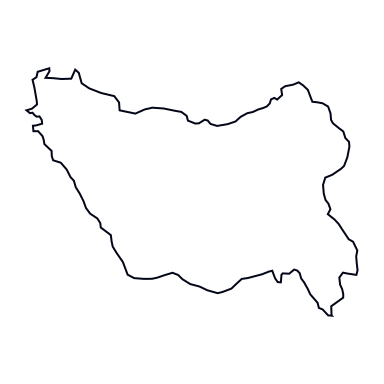 Mari, Larnaca, Cyprus (orthographic projection), rotated 181°
{"feature_id": "46923920B82704308183910", "entity_name": "Mari", "entity_type": "district", "adm_level": 2, "iso_a3": "CYP", "parent_name": "Cyprus", "parent_adm1": "Larnaca", "projection": "orthographic", "projection_center": [33.292, 34.734], "detail": "fine", "context": "isolated", "style": "outline", "palette": "ink", "viewbox_px": 384, "rotation_deg": 181, "n_neighbors": 0, "source": "geoboundaries", "source_scale": "gbopen_adm2", "svg_char_len": 2242}
<svg xmlns="http://www.w3.org/2000/svg" viewBox="0 0 384 384"><g transform="rotate(181 192 192)"><path d="M87.2,303.5L92.7,301.1L100.7,299.4L104.6,296.6L103.6,290.5L108.5,285.9L111.3,287.5L114.6,286.0L115.8,281.9L118.6,278.9L122.1,277.3L127.2,275.7L132.7,273.0L138.0,271.8L144.7,268.0L149.7,263.3L157.4,260.5L168.1,258.5L174.7,260.4L177.6,263.8L180.6,264.5L186.3,260.8L189.9,260.5L197.3,263.3L198.7,268.1L204.1,271.9L210.4,272.9L221.7,275.0L233.1,275.6L240.8,273.7L250.0,269.4L265.8,272.4L266.5,280.3L271.4,286.5L284.6,289.4L296.5,293.8L304.2,298.8L307.3,309.2L310.9,312.3L314.7,303.2L324.6,302.7L332.9,303.4L340.4,303.6L336.6,310.3L336.9,313.2L348.4,309.5L349.5,304.1L353.4,301.4L353.0,299.9L351.4,293.6L348.8,280.1L348.5,276.8L353.5,272.5L358.9,270.8L355.4,268.0L352.8,268.5L350.7,266.0L348.6,264.6L345.8,264.9L343.5,261.4L343.0,257.7L349.2,255.8L352.2,255.5L351.6,250.0L348.0,250.1L346.9,250.1L342.4,245.2L341.2,241.6L340.4,237.3L333.1,230.6L332.8,225.4L331.4,221.3L323.7,219.0L317.7,212.3L313.7,204.7L310.3,201.2L308.3,194.7L304.3,188.6L300.2,180.7L297.7,174.1L293.4,168.5L286.3,164.0L283.2,159.4L282.6,154.9L272.4,147.5L271.5,141.1L270.3,136.0L266.3,129.7L259.9,120.8L254.9,108.2L248.4,104.9L238.8,104.3L230.6,104.5L225.4,105.7L217.9,108.4L210.1,110.9L204.4,108.8L200.0,104.6L192.1,99.9L182.8,97.6L174.9,94.0L164.6,91.3L159.7,92.6L150.9,96.1L146.7,100.3L140.7,106.0L134.9,106.9L131.3,107.9L120.4,111.0L113.9,113.7L110.4,114.7L107.4,107.1L104.7,103.4L101.6,103.2L101.4,105.9L101.1,110.8L99.9,112.2L93.4,112.0L90.5,114.5L88.5,116.2L85.4,115.3L82.9,112.7L81.3,107.4L78.6,104.0L76.6,100.6L74.6,97.2L72.0,91.8L64.5,83.4L63.1,78.3L59.4,76.9L53.7,71.0L50.1,70.8L50.3,71.0L50.8,80.2L39.0,89.0L39.0,92.6L40.2,97.6L42.3,101.9L43.2,109.0L39.7,114.0L34.7,113.1L26.2,112.0L25.1,116.6L26.0,123.4L26.7,130.4L25.7,136.4L30.1,145.1L34.5,147.5L38.4,153.2L40.7,156.5L44.8,162.6L48.9,166.9L55.8,172.2L53.3,177.2L55.4,182.7L58.3,186.3L60.2,192.5L61.1,201.3L59.0,208.7L52.2,211.6L50.5,212.8L43.4,217.8L40.4,220.7L37.3,229.4L35.4,240.1L35.9,244.9L39.6,248.6L41.8,255.2L46.2,258.4L52.2,263.1L54.2,266.5L54.9,273.1L57.4,279.8L63.0,283.0L68.5,283.9L73.2,284.3L75.1,288.9L77.9,296.1L82.7,300.5L87.2,303.5Z" fill="none" stroke="#020617" stroke-width="2"/></g></svg>